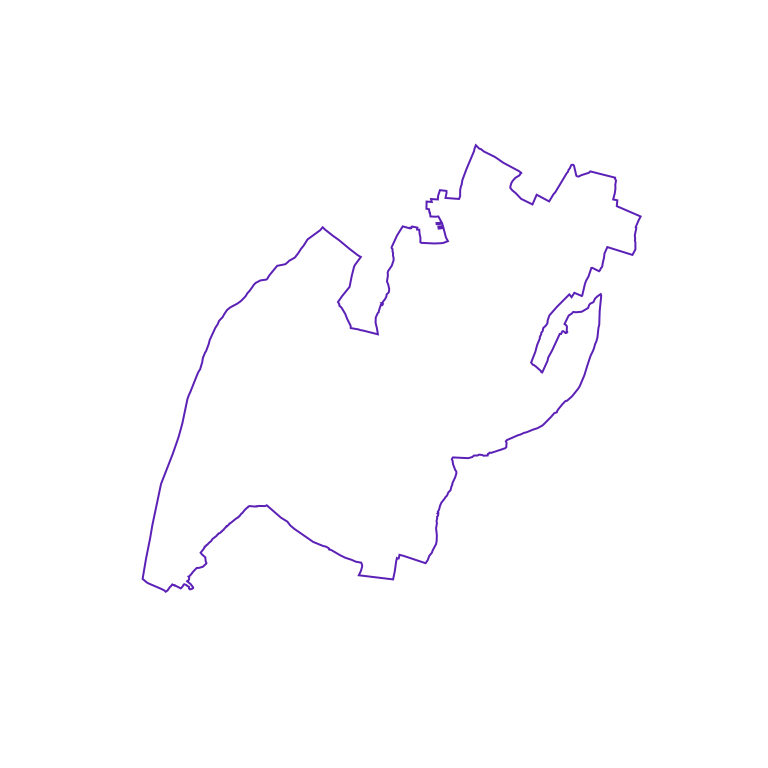 outline of Dolhesti, Iasi, Romania, rotated 228°
{"feature_id": "2599482B27646337618827", "entity_name": "Dolhesti", "entity_type": "district", "adm_level": 2, "iso_a3": "ROU", "parent_name": "Romania", "parent_adm1": "Iasi", "projection": "albers", "projection_center": [27.913, 46.869], "detail": "fine", "context": "isolated", "style": "outline", "palette": "violet", "viewbox_px": 768, "rotation_deg": 228, "n_neighbors": 0, "source": "geoboundaries", "source_scale": "gbopen_adm2", "svg_char_len": 6146}
<svg xmlns="http://www.w3.org/2000/svg" viewBox="0 0 768 768"><g transform="rotate(228 384 384)"><path d="M400.7,74.2L395.5,74.9L393.5,75.5L380.7,81.4L377.6,82.6L375.7,82.8L375.4,84.9L376.4,89.2L376.3,90.6L376.7,92.5L375.9,92.7L375.3,93.4L374.7,93.4L374.5,93.8L373.8,93.7L373.6,94.1L368.1,96.2L368.3,99.0L369.0,101.0L368.7,101.7L366.8,102.6L365.9,102.6L364.0,103.3L363.6,103.3L362.6,102.3L361.5,102.3L360.7,103.0L360.6,104.0L360.2,104.5L360.0,105.5L360.7,106.1L364.7,106.4L369.2,105.7L369.3,106.0L368.7,106.6L369.2,108.3L370.6,109.8L371.6,109.9L371.3,110.4L371.6,111.6L371.5,112.5L372.3,117.0L372.6,121.8L371.3,123.2L369.4,127.0L369.5,131.9L369.7,132.2L371.5,132.8L374.7,135.2L379.3,134.7L381.3,134.8L382.2,140.0L382.7,140.9L382.6,141.5L383.1,142.0L382.8,143.4L383.1,144.4L382.8,144.9L383.1,148.3L382.9,150.2L383.6,152.8L383.2,157.8L383.5,159.2L383.3,159.9L383.7,160.9L383.0,162.3L383.0,163.6L383.2,164.3L382.9,165.1L383.2,166.1L383.0,167.1L383.4,169.2L383.4,171.4L383.7,171.5L383.8,172.0L383.3,172.4L383.4,175.5L383.7,175.7L383.3,177.3L383.0,183.8L382.5,186.2L382.7,186.7L382.5,187.1L382.6,188.6L383.1,191.3L382.9,192.3L383.5,195.7L383.7,199.3L383.4,200.1L383.7,201.0L383.4,202.2L379.4,206.0L378.8,206.7L378.7,207.4L377.9,207.7L377.4,209.1L372.9,213.9L372.3,215.7L353.5,218.0L346.4,220.1L341.5,219.7L336.5,220.4L314.0,225.7L304.5,230.3L301.7,232.2L298.7,233.1L298.3,233.1L297.8,232.5L295.9,233.7L285.9,236.9L280.7,239.0L275.0,242.3L270.9,244.1L266.5,247.5L264.3,246.7L263.0,245.7L260.5,241.7L258.7,237.3L232.7,260.0L237.6,266.7L244.0,274.3L246.0,277.1L244.9,277.4L244.5,278.2L246.7,281.2L243.4,283.4L223.0,295.0L223.9,298.7L226.0,302.7L226.6,306.7L227.9,309.1L230.2,315.6L232.3,318.3L236.4,322.2L242.0,326.2L245.0,330.1L247.0,331.3L248.6,333.7L249.8,334.5L249.9,335.7L250.5,336.7L251.1,337.4L252.0,337.1L252.2,338.4L253.0,338.5L253.7,340.7L256.1,344.3L257.4,347.2L258.3,352.4L258.8,354.0L258.9,356.2L260.4,359.3L260.5,362.2L262.8,365.7L263.6,367.6L264.4,368.2L267.1,374.6L269.3,378.2L270.9,379.3L272.2,379.3L278.1,381.6L281.3,383.7L282.8,384.1L283.3,386.1L272.5,397.0L270.7,400.6L270.6,403.0L268.4,405.5L267.8,407.5L265.5,409.5L264.1,410.0L261.5,413.2L262.5,414.5L262.1,415.2L262.4,416.4L261.1,417.6L255.2,431.0L255.2,432.6L258.4,435.8L259.9,436.2L260.1,437.8L256.2,449.5L255.2,451.4L254.0,455.4L252.7,457.7L250.4,464.2L248.5,468.4L247.1,474.3L247.7,485.4L248.4,491.1L247.3,493.5L248.1,494.7L248.6,496.6L249.6,502.9L249.9,507.2L249.8,507.8L249.1,508.6L249.0,515.4L250.5,524.7L251.3,527.8L256.5,538.9L261.4,547.0L266.7,556.3L268.8,561.5L270.3,564.4L272.2,567.2L273.6,570.4L275.9,573.9L282.1,580.8L284.1,583.7L294.2,593.4L303.4,603.6L304.7,604.8L305.8,605.2L306.3,601.5L306.3,598.2L304.7,594.3L305.7,591.0L305.4,589.2L303.9,586.5L305.4,579.3L308.9,574.6L310.9,572.9L310.7,570.6L311.3,567.1L307.8,558.3L305.6,558.7L304.3,558.4L301.3,555.4L299.9,554.9L299.8,554.2L300.1,553.4L300.6,552.9L301.4,553.1L303.5,552.4L303.8,551.7L302.7,549.1L303.6,548.1L296.4,531.3L293.7,523.6L291.8,521.0L286.7,509.3L287.6,508.9L288.6,509.3L295.1,508.6L297.3,508.2L298.7,507.5L301.5,507.7L306.7,518.1L310.4,523.7L313.7,530.5L314.6,531.1L315.8,534.1L316.8,535.1L317.2,537.4L319.0,539.7L319.1,543.6L319.9,546.3L321.7,548.1L324.3,552.8L325.6,563.8L326.6,581.7L323.0,581.5L324.4,586.5L317.0,589.9L317.1,590.5L324.0,600.4L325.6,603.5L327.0,607.8L331.5,615.8L330.9,616.5L323.9,619.3L324.0,620.5L325.0,622.9L324.9,623.6L325.5,625.1L327.0,626.8L330.8,632.2L333.4,635.1L336.3,641.6L313.7,655.0L315.8,660.9L321.3,665.8L322.7,666.4L323.8,667.8L326.6,669.8L331.2,676.0L332.1,675.9L335.0,682.1L336.8,686.8L360.4,676.0L364.4,680.3L367.8,677.8L371.3,683.1L374.2,686.6L377.3,689.2L380.0,692.6L382.2,693.1L382.7,693.8L403.9,679.6L403.9,677.5L407.2,670.3L407.8,667.7L408.7,666.7L410.1,666.3L419.0,671.2L420.1,671.3L421.2,670.4L421.3,669.3L420.1,666.9L419.5,664.1L418.6,662.7L418.4,660.9L411.9,639.7L411.6,636.9L409.2,628.9L422.5,624.1L418.1,614.5L429.8,609.8L437.7,609.6L442.2,608.9L445.2,609.1L446.4,610.3L448.2,613.3L448.9,615.7L449.3,619.6L448.4,624.3L449.0,626.0L448.9,627.2L449.2,627.3L452.0,626.7L468.6,620.7L478.4,618.4L489.7,613.9L493.7,613.2L495.0,612.3L500.0,612.0L498.4,608.9L496.8,606.7L488.4,588.8L483.1,578.7L480.0,574.8L479.6,573.7L477.3,570.5L472.6,566.2L471.3,563.6L481.1,554.2L484.2,558.4L485.7,559.6L490.6,555.3L487.7,550.2L485.1,547.5L490.0,542.7L487.3,541.3L491.1,537.7L485.8,532.8L483.7,534.4L481.0,532.5L480.6,532.8L477.4,530.6L473.6,534.5L472.1,536.5L465.7,535.0L467.0,532.4L468.5,530.8L467.6,530.1L466.1,531.7L464.3,534.6L461.8,533.4L464.6,529.7L462.9,528.6L460.2,532.6L451.5,528.1L447.4,527.1L449.1,522.6L450.3,520.8L454.7,515.5L463.9,506.2L465.0,505.9L468.4,509.0L471.9,511.0L475.1,513.5L476.6,511.9L477.6,512.7L477.9,513.4L482.2,510.3L482.3,509.9L481.6,508.7L482.6,508.1L482.3,507.4L488.6,503.4L485.7,493.2L480.5,481.1L479.8,480.6L478.5,480.6L476.7,479.0L475.1,478.3L473.6,476.7L471.3,475.5L469.5,473.9L466.7,468.9L465.3,463.1L464.4,461.3L462.0,459.5L458.2,454.8L455.5,453.9L451.2,451.5L449.4,449.6L448.9,448.5L448.8,445.9L447.3,444.1L446.3,441.3L446.0,439.0L445.4,437.3L445.8,436.5L444.2,436.8L443.8,435.7L443.9,435.2L445.0,434.7L442.0,429.5L440.9,428.1L440.9,426.9L438.9,422.3L435.1,418.7L430.1,416.0L425.0,412.7L437.9,404.1L439.8,402.5L441.6,401.6L447.8,396.7L449.5,398.1L457.0,400.2L462.0,402.1L469.0,403.5L472.1,403.2L473.2,404.2L475.7,404.6L477.3,411.4L479.2,423.4L485.8,432.2L491.3,440.4L491.9,442.0L493.9,451.8L497.2,450.7L507.5,448.8L521.2,446.8L528.9,445.1L538.3,443.5L541.5,443.3L541.0,439.3L542.6,423.9L540.5,416.4L540.0,412.8L538.7,408.3L537.6,402.3L539.0,396.1L538.9,393.0L539.1,390.7L543.3,383.7L541.6,372.3L541.0,369.7L540.3,367.9L540.3,366.5L543.7,361.4L545.0,356.2L544.8,353.3L544.1,350.9L543.1,346.0L542.9,343.4L541.8,339.7L541.5,335.3L541.4,332.8L541.9,328.7L543.8,321.0L544.0,316.7L542.7,311.7L541.7,308.9L541.3,303.7L539.7,300.4L538.6,296.2L533.3,283.9L531.0,280.5L527.5,273.8L527.1,272.2L525.0,267.7L523.7,265.7L522.0,263.8L518.0,257.2L516.9,253.4L507.6,234.6L506.2,231.3L504.3,227.8L489.6,207.7L482.0,195.8L473.4,180.2L458.9,151.4L434.1,117.4L425.8,106.9L413.6,90.5L400.7,74.2Z" fill="none" stroke="#5b21b6" stroke-width="2"/></g></svg>